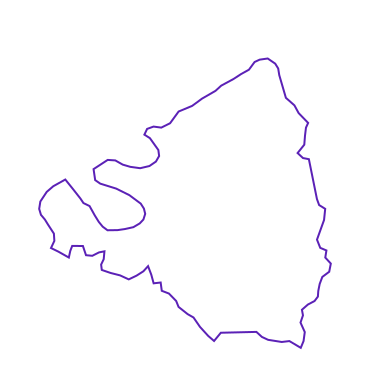 Lidianópolis, Paraná, Brazil, rotated 279°
{"feature_id": "56859067B67483695110473", "entity_name": "Lidianópolis", "entity_type": "district", "adm_level": 2, "iso_a3": "BRA", "parent_name": "Brazil", "parent_adm1": "Paraná", "projection": "orthographic", "projection_center": [-51.644, -24.072], "detail": "fine", "context": "isolated", "style": "outline", "palette": "violet", "viewbox_px": 384, "rotation_deg": 279, "n_neighbors": 0, "source": "geoboundaries", "source_scale": "gbopen_adm2", "svg_char_len": 1685}
<svg xmlns="http://www.w3.org/2000/svg" viewBox="0 0 384 384"><g transform="rotate(279 192 192)"><path d="M114.6,61.5L112.2,69.3L108.0,80.6L114.8,81.0L120.0,82.1L121.6,92.7L113.0,97.2L113.4,103.5L117.8,109.6L119.7,114.8L111.8,115.3L106.1,113.6L100.9,115.1L99.3,124.3L98.4,134.0L95.8,143.2L100.7,150.3L106.1,156.4L111.9,160.2L104.0,164.7L95.8,168.4L97.7,175.2L89.7,177.6L88.1,185.1L81.9,193.4L76.4,196.7L73.4,202.0L70.7,206.8L68.3,213.1L60.0,221.0L52.4,230.5L48.3,237.1L57.5,242.5L63.9,277.5L59.8,283.7L57.9,290.3L57.9,304.1L60.0,311.5L55.1,323.8L62.2,325.5L71.3,325.3L80.0,319.6L87.5,320.9L92.9,319.0L99.0,324.1L103.5,330.1L108.4,332.7L114.0,332.2L121.2,332.5L128.5,334.0L134.7,340.0L143.0,340.3L148.1,333.9L155.3,333.9L156.9,327.4L164.5,322.9L185.0,326.8L196.2,326.2L199.0,319.6L204.6,316.5L242.7,302.3L242.9,296.3L247.0,290.2L256.3,295.5L265.3,294.8L273.4,294.5L278.4,295.9L286.6,285.0L293.6,279.6L299.7,270.0L321.1,259.9L327.5,257.8L331.8,254.1L335.7,245.9L333.3,238.1L330.2,233.5L321.7,229.1L316.3,222.2L310.1,215.3L301.6,204.2L295.6,199.4L285.8,187.3L277.1,178.7L269.4,166.2L256.5,159.6L250.8,151.6L250.6,143.8L247.3,137.8L241.2,136.0L238.6,142.0L228.2,152.2L222.4,153.9L216.4,151.6L211.0,145.9L207.4,137.1L207.2,127.1L208.2,119.3L211.2,111.3L210.5,103.7L199.2,91.2L188.6,94.5L185.9,100.1L183.5,116.6L179.1,130.6L172.5,143.2L168.1,147.1L163.1,149.2L157.2,148.3L152.8,145.3L148.1,139.6L144.9,131.5L142.7,124.4L141.0,114.5L143.8,109.2L147.9,104.6L153.7,99.6L162.1,93.0L164.1,86.5L168.1,82.8L176.9,73.3L184.5,64.9L176.0,54.1L169.4,48.5L158.9,43.7L151.4,43.7L145.8,46.4L141.8,51.0L137.5,54.7L129.3,62.1L122.2,63.7L114.6,61.5Z" fill="none" stroke="#5b21b6" stroke-width="2"/></g></svg>